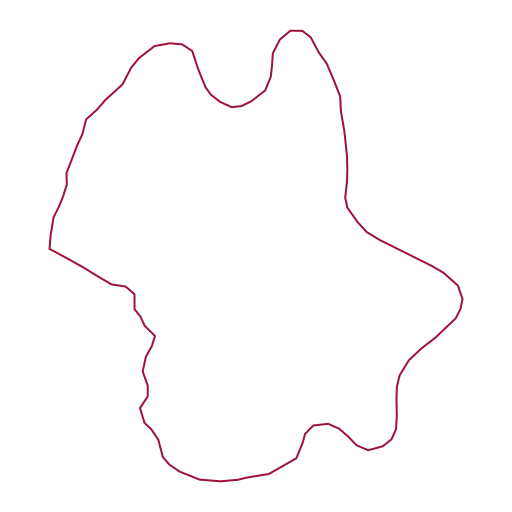 Boracéia, São Paulo, Brazil
{"feature_id": "56859067B36731884931019", "entity_name": "Boracéia", "entity_type": "district", "adm_level": 2, "iso_a3": "BRA", "parent_name": "Brazil", "parent_adm1": "São Paulo", "projection": "natural_earth1", "projection_center": [-48.79, -22.168], "detail": "fine", "context": "isolated", "style": "outline", "palette": "rose", "viewbox_px": 512, "rotation_deg": 0, "n_neighbors": 0, "source": "geoboundaries", "source_scale": "gbopen_adm2", "svg_char_len": 1337}
<svg xmlns="http://www.w3.org/2000/svg" viewBox="0 0 512 512"><path d="M86.2,119.3L82.4,134.0L77.0,145.8L71.5,160.2L66.5,173.0L66.8,184.5L63.3,195.8L59.1,206.3L53.6,217.3L50.7,234.8L49.5,248.9L66.8,258.2L82.6,267.0L92.1,272.9L100.5,278.0L111.6,284.4L125.7,286.6L134.5,294.2L134.5,309.1L140.4,316.6L144.8,326.0L155.0,336.0L151.8,346.2L145.9,356.7L142.7,371.4L147.7,385.6L147.7,396.5L140.0,408.0L144.5,422.9L151.3,429.3L158.3,439.7L162.9,457.2L169.3,464.5L179.4,471.5L199.6,479.6L211.9,480.6L220.7,481.3L237.7,479.8L247.7,477.4L268.8,474.0L296.3,458.3L302.4,443.6L305.1,433.8L313.3,425.5L328.2,423.8L339.1,428.7L347.5,435.9L356.6,445.3L368.1,450.2L382.7,446.3L391.5,439.3L396.0,429.3L396.8,416.1L396.5,398.2L396.9,386.7L399.7,375.2L409.0,360.1L420.8,349.0L436.0,337.1L455.7,318.3L460.4,309.1L462.5,299.1L458.0,285.7L443.7,272.9L431.7,265.9L379.2,239.7L366.6,232.0L357.5,222.0L347.3,207.5L345.2,197.5L347.0,181.8L347.3,170.7L347.0,156.0L344.3,130.8L340.9,111.2L340.2,96.5L334.1,81.0L326.8,63.7L318.5,52.0L310.7,37.3L302.4,30.9L290.4,30.7L279.9,39.5L272.9,53.1L272.0,65.7L270.8,76.7L265.2,90.4L251.1,101.4L241.4,106.1L231.8,107.2L220.1,101.9L211.0,94.8L205.5,87.2L198.3,69.5L192.2,51.0L182.2,44.4L169.7,43.3L154.5,46.1L139.1,58.0L131.2,67.6L122.5,84.4L105.1,100.2L97.2,109.5L86.2,119.3Z" fill="none" stroke="#9f1239" stroke-width="2"/></svg>